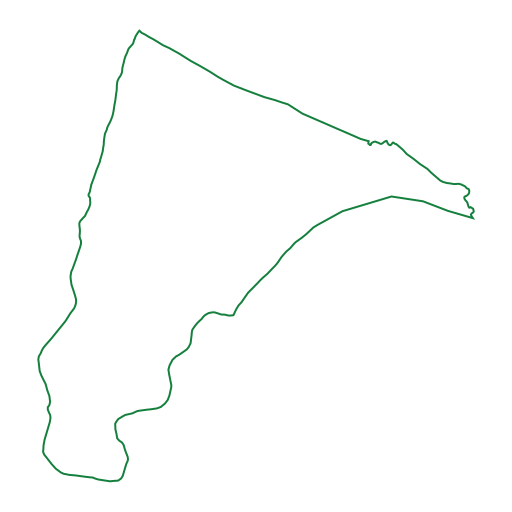 outline of Tonpheung, Bokeo, Laos
{"feature_id": "54806243B26720131925701", "entity_name": "Tonpheung", "entity_type": "district", "adm_level": 2, "iso_a3": "LAO", "parent_name": "Laos", "parent_adm1": "Bokeo", "projection": "robinson", "projection_center": [100.271, 20.454], "detail": "fine", "context": "isolated", "style": "outline", "palette": "green", "viewbox_px": 512, "rotation_deg": 0, "n_neighbors": 0, "source": "geoboundaries", "source_scale": "gbopen_adm2", "svg_char_len": 4937}
<svg xmlns="http://www.w3.org/2000/svg" viewBox="0 0 512 512"><path d="M472.8,218.1L471.5,216.1L470.9,214.6L471.6,213.5L473.3,212.3L473.7,211.3L473.5,210.1L473.1,208.7L472.4,208.4L471.3,207.5L470.4,207.2L469.7,207.7L469.0,207.5L468.4,206.2L467.8,204.3L467.3,202.5L466.5,201.4L465.3,200.1L464.5,198.8L464.3,198.0L464.4,196.9L465.3,196.3L466.3,196.0L467.4,195.2L468.5,194.0L469.1,192.9L469.3,191.2L469.0,189.8L468.4,188.9L467.3,188.6L466.3,187.9L465.8,187.1L464.8,186.2L463.4,185.5L462.2,185.0L461.4,184.5L458.7,183.8L454.1,184.1L449.4,183.3L447.3,183.1L447.2,183.1L442.9,181.9L440.1,180.4L435.6,176.5L431.4,172.9L427.5,169.0L424.8,167.2L420.2,164.2L413.2,158.6L406.8,154.1L402.8,149.7L398.3,145.8L396.4,144.2L395.2,143.9L394.7,143.6L393.7,142.8L393.1,142.5L392.8,142.6L392.3,143.2L391.6,144.1L391.0,144.8L390.6,145.0L390.1,145.2L389.6,145.1L389.2,144.9L388.3,144.1L388.0,143.7L387.6,143.1L387.3,142.4L386.9,141.4L386.7,141.0L386.3,140.9L385.9,141.0L385.6,141.1L385.2,141.4L384.3,141.9L384.0,142.1L383.2,142.7L382.9,143.0L381.9,143.6L381.4,143.8L380.6,143.9L380.2,143.7L379.2,143.2L378.4,142.8L377.7,142.5L377.0,142.4L376.6,142.1L375.8,141.8L375.3,141.6L374.5,141.7L373.5,142.0L372.9,142.3L372.5,142.5L372.1,142.7L371.7,143.0L371.1,143.7L371.0,144.2L370.9,144.6L370.7,144.9L370.3,145.0L369.9,145.0L369.6,144.7L369.3,144.4L368.8,143.9L368.3,143.6L368.4,142.3L368.4,141.6L368.6,141.2L360.6,138.9L302.4,113.6L287.9,104.3L281.7,102.4L275.0,100.1L264.3,97.1L255.7,93.9L245.8,90.2L234.1,85.7L223.5,80.0L217.7,76.7L210.2,71.9L199.7,65.8L190.7,60.9L185.0,57.3L179.0,53.5L173.9,50.7L169.1,48.0L163.3,45.4L157.8,42.0L153.4,39.3L149.0,37.0L145.2,34.6L141.7,32.9L139.4,30.7L138.6,31.6L137.8,32.7L137.2,33.7L136.4,34.9L135.5,36.5L134.9,38.2L134.6,39.2L134.1,39.7L133.9,40.8L133.5,42.2L133.2,43.2L132.4,44.4L131.2,45.7L129.8,47.3L129.2,47.9L128.6,48.8L128.2,49.6L127.5,51.6L127.0,52.9L126.3,54.5L125.7,55.6L125.0,57.6L124.4,59.5L123.9,62.0L123.6,63.0L122.8,66.1L122.3,68.7L122.2,70.3L122.1,71.5L121.9,72.5L121.2,74.4L120.7,75.4L119.5,77.2L118.8,78.2L118.3,79.3L117.7,80.5L117.3,81.8L117.0,84.3L116.8,86.1L116.8,88.2L116.7,90.0L116.5,91.6L116.1,93.8L115.7,97.4L115.3,100.5L114.4,105.3L113.9,108.8L113.4,111.8L112.9,114.2L112.4,116.1L111.7,118.0L110.8,120.4L109.5,123.1L107.9,126.1L107.2,127.9L106.9,128.9L106.8,129.7L105.0,133.6L104.3,137.8L103.8,141.9L103.8,144.2L103.2,147.6L102.7,151.3L102.2,153.1L100.6,158.6L100.2,159.8L99.8,161.9L98.1,166.1L96.6,169.7L95.2,173.9L94.0,177.4L92.2,182.3L91.3,184.7L90.2,189.8L89.8,191.8L89.5,192.6L89.3,193.0L88.7,194.1L88.5,195.2L88.9,196.4L89.7,197.3L89.8,197.4L90.1,198.3L90.1,200.3L90.3,202.8L90.2,203.8L89.8,205.6L89.1,207.6L88.0,210.0L86.8,212.1L84.9,216.1L83.1,217.9L80.2,221.2L79.6,222.4L79.3,223.6L79.4,225.6L79.9,229.7L79.9,231.8L79.6,235.4L79.6,236.9L80.2,239.1L80.8,240.3L81.0,241.6L81.0,243.8L80.3,246.5L78.6,251.6L77.6,254.4L76.0,259.4L74.1,264.6L72.6,268.8L71.4,271.3L71.0,273.2L70.5,276.5L70.7,279.1L71.5,284.7L72.1,286.5L73.4,290.4L75.0,295.4L76.0,299.2L76.1,301.6L75.8,304.0L74.9,306.6L74.1,308.4L70.3,313.4L65.4,321.2L50.9,339.1L45.1,345.6L43.2,348.1L41.8,350.6L40.8,353.1L39.5,355.3L38.8,356.4L38.8,356.7L38.3,359.5L38.6,361.5L39.0,365.0L39.7,371.1L41.4,375.6L43.6,380.1L45.4,383.5L46.2,386.1L47.1,389.7L49.4,396.1L50.1,401.9L49.3,405.3L47.8,407.2L47.8,409.6L49.0,412.6L50.2,415.1L50.4,417.0L50.5,417.7L49.8,422.1L44.5,440.0L43.5,445.7L43.4,448.6L43.1,451.9L44.2,454.6L46.2,457.1L51.8,464.3L55.9,468.8L58.5,470.7L60.9,472.5L63.7,473.8L66.5,474.3L69.3,474.9L75.4,475.4L81.2,476.2L84.1,476.6L89.8,477.3L92.7,477.5L95.3,478.6L98.3,479.5L104.1,480.4L110.0,481.3L112.7,481.0L115.5,480.8L118.2,480.6L121.1,478.5L122.7,476.0L125.4,466.9L126.3,463.9L127.6,461.1L128.0,459.0L127.6,456.6L126.1,452.8L124.9,449.5L123.7,445.1L122.0,442.5L119.2,440.6L117.2,438.3L116.6,434.5L115.4,429.3L115.2,423.7L116.3,421.7L118.3,419.0L121.0,417.4L123.3,416.0L125.4,414.9L132.2,413.4L137.5,411.0L146.0,409.8L151.6,409.2L156.9,408.4L160.9,406.9L164.9,403.6L167.7,400.0L169.4,395.6L171.3,387.0L171.3,385.3L171.3,385.1L169.3,375.1L168.4,369.7L169.6,365.4L172.5,359.8L176.1,356.4L179.1,354.8L183.0,352.1L186.8,349.4L188.8,346.9L190.6,343.1L191.6,335.1L191.7,333.6L191.9,331.8L192.3,329.9L193.4,328.2L195.2,325.6L195.4,325.4L197.1,323.3L199.4,321.0L201.5,319.1L203.4,316.7L204.7,315.4L206.4,314.3L208.6,313.1L210.8,312.6L212.9,312.3L214.4,312.3L216.4,312.9L218.9,313.7L221.1,314.5L223.5,314.6L225.3,314.7L227.3,315.3L228.0,315.4L229.6,315.6L230.4,315.6L230.8,315.5L233.4,315.2L234.0,314.0L235.8,310.1L236.9,308.1L238.6,305.4L241.6,302.1L245.3,296.7L248.1,292.7L252.6,288.2L255.1,285.6L257.6,283.1L260.3,280.2L263.1,277.5L267.4,273.8L271.9,269.0L274.8,266.1L277.0,263.6L278.7,261.2L281.6,256.9L286.2,251.6L290.2,248.2L293.8,244.0L295.6,242.2L302.0,237.6L306.2,234.2L310.3,230.4L313.2,227.6L317.4,225.0L338.1,213.6L342.5,211.2L391.5,196.5L423.0,201.3L448.0,210.9L472.8,218.1Z" fill="none" stroke="#15803d" stroke-width="2"/></svg>